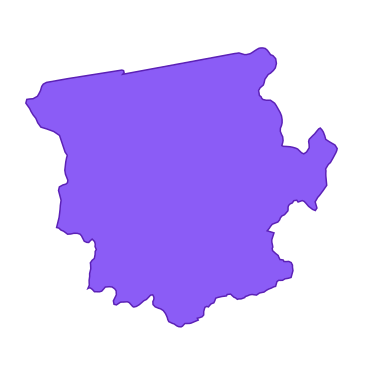 the district of Tongod, Sabah, Malaysia, rotated 261°
{"feature_id": "92858781B32366551894999", "entity_name": "Tongod", "entity_type": "district", "adm_level": 2, "iso_a3": "MYS", "parent_name": "Malaysia", "parent_adm1": "Sabah", "projection": "mercator", "projection_center": [116.895, 5.08], "detail": "fine", "context": "isolated", "style": "filled", "palette": "violet", "viewbox_px": 384, "rotation_deg": 261, "n_neighbors": 0, "source": "geoboundaries", "source_scale": "gbopen_adm2", "svg_char_len": 3835}
<svg xmlns="http://www.w3.org/2000/svg" viewBox="0 0 384 384"><g transform="rotate(261 192 192)"><path d="M216.0,340.6L220.0,335.7L223.1,332.3L226.8,331.9L230.6,331.1L233.0,330.1L235.1,328.7L234.5,327.0L232.7,324.9L230.2,322.2L228.7,320.0L225.7,316.0L223.7,315.1L220.7,315.1L217.4,314.7L213.6,311.4L212.2,308.4L213.6,306.3L217.9,303.1L219.1,301.3L220.4,298.5L221.4,295.8L222.3,292.0L222.8,289.4L223.8,288.0L226.6,289.3L228.6,290.0L232.4,290.2L234.9,289.4L238.2,288.7L241.2,289.3L243.7,290.8L246.2,291.8L249.3,292.3L253.2,292.3L256.7,291.5L264.2,288.7L266.8,287.5L270.4,283.8L271.0,279.7L272.3,276.5L273.5,275.6L275.3,275.1L276.8,273.7L279.7,273.7L281.7,273.6L284.2,275.5L285.4,277.4L286.5,279.2L288.8,280.4L291.9,281.6L296.2,285.7L297.1,288.1L299.3,291.4L301.5,293.7L305.8,295.5L310.6,295.5L314.0,293.3L315.3,291.1L317.5,290.0L320.2,288.6L322.3,286.8L323.2,284.5L323.5,282.5L323.5,280.7L322.6,278.2L321.4,275.5L320.1,272.7L319.5,271.1L319.2,267.3L319.5,265.3L322.0,260.1L322.0,256.9L322.1,256.3L319.1,142.0L320.5,143.6L322.6,143.4L323.4,141.8L323.4,87.2L323.0,65.4L321.8,62.0L319.8,60.1L315.8,58.2L312.9,56.1L310.7,54.3L309.0,49.6L309.3,45.7L309.3,43.3L305.8,41.8L305.5,41.9L299.9,44.7L296.5,45.7L292.9,47.2L289.2,49.3L284.4,50.5L279.7,52.9L277.0,58.4L273.4,64.9L268.6,70.0L251.3,72.9L248.1,74.4L247.2,74.4L245.7,73.6L241.4,72.0L233.4,69.8L229.4,69.8L223.1,71.2L220.7,70.5L219.5,68.6L219.2,65.7L217.8,61.8L214.4,60.4L210.4,60.8L204.3,61.4L199.5,59.9L195.2,58.9L187.8,56.8L178.1,52.7L177.2,54.8L174.9,56.6L173.4,59.0L171.8,60.6L169.8,62.5L169.5,65.6L169.7,68.9L169.1,72.3L167.9,74.8L166.0,76.0L163.2,76.9L160.2,77.9L158.7,80.2L158.3,82.1L159.6,83.7L161.1,86.0L158.3,88.0L155.7,88.3L153.2,87.7L150.2,88.5L148.5,87.1L145.4,86.5L141.6,85.1L140.2,82.7L137.9,80.5L136.3,80.5L132.0,80.0L127.4,78.1L124.6,77.7L121.0,76.6L118.2,76.2L116.1,76.0L113.0,74.1L113.4,75.3L113.1,76.6L111.3,78.4L108.8,80.0L107.9,85.0L108.2,87.3L109.9,89.4L111.7,91.5L111.4,95.5L110.7,98.2L108.5,100.5L106.3,101.6L102.3,101.2L96.8,97.3L93.3,97.4L92.3,99.7L94.4,104.2L94.0,107.4L93.7,110.9L92.6,112.7L88.2,115.5L87.5,116.5L87.7,119.2L89.0,122.4L90.6,125.0L92.1,127.3L93.0,130.2L95.2,133.1L96.6,134.9L96.6,137.1L94.9,137.7L93.3,137.9L91.5,137.3L89.9,136.2L86.9,135.9L84.3,137.7L82.3,141.0L81.6,142.6L79.4,145.1L76.1,146.8L73.7,147.5L71.6,148.0L69.9,148.1L67.6,148.8L65.3,152.1L64.5,153.7L62.2,156.0L61.1,157.7L60.5,160.1L61.0,161.6L62.3,163.2L63.2,164.4L62.6,168.7L62.6,170.3L64.5,178.1L66.5,177.5L66.7,180.0L67.2,182.5L68.7,184.3L72.2,184.9L76.1,186.7L76.7,188.7L75.9,190.2L77.4,191.9L78.6,193.5L79.1,196.2L81.0,197.5L83.4,198.8L83.8,200.9L84.1,205.2L84.0,207.9L84.0,209.8L85.3,210.7L85.1,214.2L83.2,215.6L81.4,217.1L80.7,218.4L78.9,220.0L79.1,221.5L78.8,223.4L78.8,224.2L79.5,227.6L80.4,228.3L80.8,230.7L81.4,232.9L81.4,235.3L80.8,237.2L80.1,239.6L81.7,242.9L81.9,247.5L83.2,250.0L84.1,252.4L84.7,255.3L85.6,258.1L85.7,259.8L90.2,261.9L91.2,263.8L90.9,265.4L90.6,267.6L91.7,270.3L91.7,273.4L92.1,276.5L98.5,279.4L102.0,279.5L104.1,279.8L106.8,278.9L108.3,276.7L108.6,273.7L109.0,271.9L110.5,271.5L111.1,270.0L111.4,268.4L114.2,267.5L115.8,267.2L118.2,265.0L121.5,262.4L123.8,262.4L124.9,263.2L126.8,263.2L129.9,263.0L132.2,263.3L134.5,264.4L138.8,266.6L141.9,260.2L144.0,262.6L145.8,264.2L147.6,266.2L148.2,268.8L148.9,272.1L150.8,274.2L152.6,275.2L154.3,277.1L155.1,279.8L158.3,283.7L159.4,284.1L162.0,284.5L163.6,285.3L164.9,287.1L165.5,289.4L167.5,291.2L167.5,294.2L165.5,295.2L166.1,298.5L166.3,299.5L165.2,301.3L163.0,302.8L159.6,304.9L156.0,308.3L154.4,310.9L156.6,312.9L163.0,312.1L165.1,313.8L166.9,315.2L168.8,317.5L173.1,321.9L177.5,326.1L186.9,326.7L189.7,327.1L191.9,327.6L193.9,327.6L195.8,329.2L197.4,330.5L198.6,331.9L199.3,333.2L203.5,336.6L208.4,340.3L210.2,341.4L212.2,342.2L216.0,340.6Z" fill="#8b5cf6" stroke="#5b21b6" stroke-width="1.5"/></g></svg>